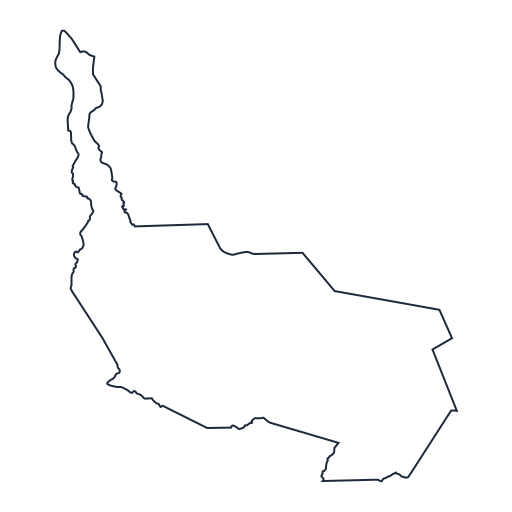 the district of Sensenti, Ocotepeque, Honduras
{"feature_id": "27666195B50269536793474", "entity_name": "Sensenti", "entity_type": "district", "adm_level": 2, "iso_a3": "HND", "parent_name": "Honduras", "parent_adm1": "Ocotepeque", "projection": "albers", "projection_center": [-88.964, 14.531], "detail": "fine", "context": "isolated", "style": "outline", "palette": "slate", "viewbox_px": 512, "rotation_deg": 0, "n_neighbors": 0, "source": "geoboundaries", "source_scale": "gbopen_adm2", "svg_char_len": 5856}
<svg xmlns="http://www.w3.org/2000/svg" viewBox="0 0 512 512"><path d="M302.5,252.8L255.0,254.0L252.0,253.6L250.0,252.6L247.9,252.0L246.0,251.9L241.4,252.7L236.2,253.9L234.3,254.6L231.8,254.7L228.4,253.8L225.1,252.5L222.7,251.1L220.2,248.4L207.8,224.1L134.8,226.4L134.3,225.2L133.7,224.5L133.4,224.4L132.8,224.8L132.4,224.7L131.0,223.0L130.3,222.0L130.2,221.6L130.5,221.0L130.5,220.5L129.7,219.0L128.1,214.1L127.4,213.6L126.6,212.6L125.3,212.5L124.8,212.4L124.6,212.1L124.6,211.5L124.9,210.5L125.3,209.9L125.9,209.4L125.7,209.2L124.6,209.6L123.7,209.6L122.1,206.6L122.1,206.4L122.3,206.3L122.7,206.5L123.1,206.4L123.9,205.8L123.4,203.3L123.6,202.9L124.1,202.7L124.2,202.3L123.8,201.6L121.7,199.7L121.6,199.3L121.8,198.4L121.7,197.8L121.4,197.3L120.8,196.9L120.6,196.5L120.6,196.2L120.8,195.3L121.1,194.6L121.5,194.0L121.5,193.8L120.6,193.1L116.1,190.2L115.7,189.8L115.4,189.3L115.3,188.5L116.0,186.8L116.6,184.7L116.7,183.8L116.6,182.8L116.3,182.2L115.7,181.7L115.3,181.6L114.4,181.7L113.8,181.6L112.5,180.9L112.0,180.4L111.9,179.6L112.3,178.3L112.3,177.5L111.4,171.7L110.9,169.3L110.6,168.3L109.5,166.7L107.9,165.3L106.7,164.5L105.2,163.8L102.2,162.8L101.4,162.2L100.9,161.5L100.5,160.4L100.4,159.3L100.6,158.4L101.2,157.1L101.4,154.3L101.6,153.6L102.0,152.8L102.0,152.3L101.7,151.9L100.0,150.4L98.5,148.6L98.4,147.8L99.0,146.5L99.0,146.0L98.9,145.6L97.6,143.8L95.1,141.6L93.9,139.9L92.5,137.4L90.2,132.8L89.0,130.0L88.2,127.4L88.1,126.2L89.3,117.3L89.5,114.3L89.8,113.6L90.4,112.7L91.1,112.0L93.0,110.9L94.2,110.0L95.2,109.0L95.6,108.3L98.6,107.1L100.3,106.2L101.9,104.3L102.8,101.1L102.2,97.1L101.5,93.1L100.8,90.4L100.7,86.4L93.0,74.3L92.9,70.4L93.1,66.8L94.3,56.6L89.8,55.1L86.9,52.7L85.6,51.8L83.7,51.4L82.7,51.4L80.3,52.2L71.7,38.8L65.9,32.2L64.1,30.7L61.9,30.8L60.8,33.3L60.0,36.5L59.6,44.1L59.6,47.6L59.3,51.2L58.9,53.5L57.0,57.1L55.5,60.3L55.2,63.5L55.8,67.3L57.8,70.2L60.4,72.6L62.8,74.2L65.9,77.6L68.7,79.7L70.2,81.6L71.7,84.0L72.6,86.1L73.2,88.9L73.5,92.2L73.4,98.5L71.5,105.2L71.6,108.3L70.6,111.6L68.4,115.3L67.6,118.9L68.2,130.5L69.9,130.9L70.3,131.2L70.7,131.7L71.0,133.1L71.2,140.2L71.7,142.4L72.2,143.5L73.7,144.6L74.9,146.3L76.1,149.7L77.2,152.0L78.4,153.8L78.6,154.6L78.3,156.0L77.6,157.6L75.3,161.2L72.6,166.2L72.7,166.6L73.1,167.1L73.2,167.5L72.3,169.3L71.8,170.7L71.7,171.4L71.9,172.7L72.1,173.0L72.9,173.6L73.1,174.5L73.0,176.4L72.2,179.8L73.0,180.9L73.0,181.3L72.7,182.4L72.8,183.0L73.0,183.4L73.3,183.6L74.0,183.6L74.5,183.9L74.8,184.4L75.2,185.6L76.2,186.7L77.3,187.3L78.3,187.5L78.7,187.7L79.4,190.6L79.8,193.1L80.0,193.6L80.5,193.9L81.5,193.9L82.1,194.3L82.5,194.9L82.5,195.7L82.8,196.0L85.7,196.4L86.6,196.7L87.2,196.9L87.4,197.3L87.3,198.0L87.6,198.4L88.0,198.6L88.8,198.7L89.3,198.9L90.4,200.2L90.8,200.8L91.0,201.5L91.1,204.5L91.8,207.8L92.2,209.0L93.1,210.3L93.3,210.9L93.2,211.6L92.4,213.0L91.8,214.0L90.5,215.5L90.0,216.4L89.8,217.4L90.0,218.9L89.7,219.8L89.2,220.3L88.2,221.0L87.6,222.7L86.4,224.5L83.1,229.1L80.9,231.4L80.3,232.6L80.2,233.4L80.3,234.3L80.6,235.0L81.4,236.0L81.8,236.8L82.8,240.0L83.4,242.7L83.7,244.6L83.0,246.6L82.5,247.7L81.8,248.6L81.2,249.0L80.4,249.3L80.1,249.5L79.0,251.1L77.9,252.2L77.6,252.4L77.2,252.4L77.0,252.2L76.5,251.6L76.1,251.5L75.7,251.6L75.2,251.9L74.7,252.4L74.0,253.7L73.9,254.5L73.9,255.3L74.1,256.0L74.4,256.6L75.7,258.2L76.3,258.5L77.0,258.7L77.4,258.9L77.7,259.4L77.7,260.0L77.5,261.1L77.1,262.1L76.6,262.7L75.8,263.5L75.4,264.2L75.5,265.0L76.0,266.1L75.9,266.9L75.5,267.5L74.2,268.1L73.7,268.7L73.5,269.8L73.7,271.1L73.6,271.8L73.2,272.6L72.3,273.7L71.9,274.9L71.5,277.6L71.5,284.6L71.4,285.5L70.8,287.2L70.7,288.5L70.9,289.1L71.5,289.9L71.5,290.5L102.3,337.8L117.5,364.9L117.5,366.5L118.1,368.0L119.4,369.3L119.8,371.2L119.6,372.1L119.3,372.7L118.5,373.2L117.0,373.5L116.2,374.1L115.5,375.1L114.7,377.0L114.0,377.8L112.9,378.7L110.0,380.4L108.6,381.5L107.5,382.7L107.2,383.3L107.4,384.0L108.2,384.5L110.1,385.4L114.4,386.5L117.4,387.0L120.7,387.0L122.3,387.4L126.9,389.8L128.1,390.6L129.9,392.1L131.2,392.8L131.9,392.8L132.4,392.6L132.8,392.3L133.3,391.6L133.8,391.2L134.3,391.1L134.9,391.2L135.6,391.8L136.3,392.9L136.8,393.4L138.0,393.9L139.9,394.5L141.0,395.1L142.1,396.0L143.5,397.8L144.3,398.3L144.9,398.6L145.5,398.7L147.0,398.4L147.9,398.6L149.4,398.3L151.8,398.3L152.3,399.3L153.1,400.2L155.2,402.3L157.1,403.6L157.6,403.7L158.3,403.7L158.6,403.9L159.4,405.1L160.1,406.5L160.4,406.9L161.1,406.9L161.8,406.2L162.4,405.9L162.9,405.9L163.4,406.0L164.5,406.7L207.2,428.0L231.1,427.6L231.3,426.8L231.8,426.1L232.3,425.6L233.0,425.5L234.1,425.9L236.2,427.0L238.7,428.8L239.1,429.0L239.7,429.0L242.2,428.2L243.9,427.3L244.3,426.9L244.5,425.9L244.9,425.5L245.4,425.3L246.3,425.4L246.9,425.3L250.4,422.8L250.8,422.8L251.5,423.0L251.9,422.9L252.1,422.6L252.2,422.3L251.7,421.5L251.8,420.9L253.1,419.5L254.9,418.2L260.8,418.3L263.3,417.7L264.0,418.1L267.6,421.2L270.1,422.7L338.5,442.9L334.5,447.8L334.2,451.1L333.9,452.5L333.6,453.3L331.5,455.2L329.6,456.3L329.3,456.6L328.9,457.7L328.5,458.0L327.9,458.2L327.5,458.7L327.4,459.3L327.7,460.1L327.7,460.7L326.8,462.5L326.5,463.6L326.1,465.8L326.0,467.9L325.8,468.9L325.3,469.8L324.4,470.7L323.9,471.0L323.1,471.1L322.7,471.5L322.5,472.0L322.7,472.8L322.7,473.2L321.9,474.9L321.4,476.2L321.6,476.6L323.2,478.4L323.5,479.0L323.6,479.5L323.5,480.1L323.3,480.6L322.9,481.0L376.6,479.7L377.6,479.8L378.5,480.0L379.4,480.5L380.3,481.1L381.1,481.3L381.5,481.1L381.9,480.9L382.8,479.4L383.9,478.5L384.4,478.3L385.6,478.1L387.1,477.0L390.3,475.9L393.0,473.9L393.5,473.7L394.4,473.5L395.3,472.8L396.0,472.6L396.3,473.2L396.5,473.4L397.4,473.8L398.6,474.1L399.3,474.4L400.1,475.0L401.0,476.0L402.5,476.8L403.2,477.0L404.0,476.9L405.0,477.5L406.0,477.7L406.7,477.6L408.2,477.1L412.7,470.3L451.1,410.6L454.2,410.5L456.8,410.8L432.5,349.5L452.0,338.2L439.4,309.8L334.7,291.1L302.5,252.8Z" fill="none" stroke="#1e293b" stroke-width="2"/></svg>